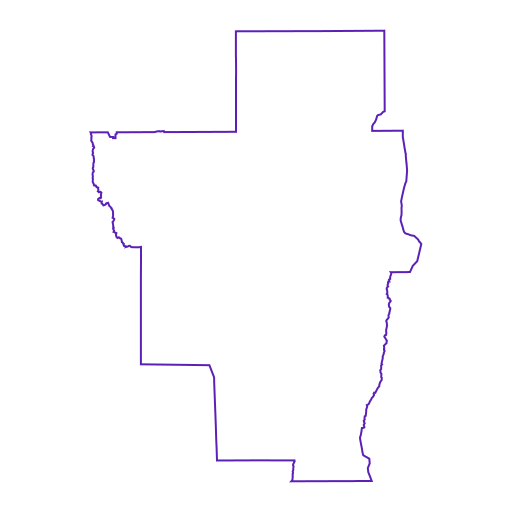 Northern Areas, South Australia, Australia (Robinson projection)
{"feature_id": "25037944B38569575724277", "entity_name": "Northern Areas", "entity_type": "district", "adm_level": 2, "iso_a3": "AUS", "parent_name": "Australia", "parent_adm1": "South Australia", "projection": "robinson", "projection_center": [138.424, -33.301], "detail": "fine", "context": "isolated", "style": "outline", "palette": "violet", "viewbox_px": 512, "rotation_deg": 0, "n_neighbors": 0, "source": "geoboundaries", "source_scale": "gbopen_adm2", "svg_char_len": 5674}
<svg xmlns="http://www.w3.org/2000/svg" viewBox="0 0 512 512"><path d="M371.7,481.0L370.1,476.7L368.3,472.2L367.8,468.1L369.7,463.4L369.3,458.7L363.3,455.3L362.6,452.9L361.8,447.9L361.2,445.0L360.1,438.9L360.0,437.4L360.7,435.5L361.5,431.2L361.9,428.0L363.8,427.8L364.4,427.2L363.7,424.9L364.7,423.3L364.0,422.1L364.2,421.1L363.8,420.8L364.7,419.4L364.5,418.7L364.7,416.3L365.7,415.9L366.2,411.7L366.2,409.6L367.2,406.7L366.8,405.1L368.5,404.3L369.5,402.5L369.8,401.5L370.9,399.9L371.9,397.9L373.0,396.7L373.9,395.5L374.1,395.0L373.6,393.7L374.2,392.6L375.3,392.8L377.7,388.1L379.3,386.2L379.3,384.8L380.2,382.1L381.7,379.9L381.8,377.9L381.2,377.1L381.4,373.8L380.5,372.6L380.5,371.3L380.2,370.6L380.4,370.0L381.1,369.2L381.2,367.1L381.1,365.5L382.1,364.4L381.5,363.6L382.8,358.0L382.6,356.9L383.9,353.3L383.8,352.8L383.9,352.5L384.6,351.1L384.5,350.3L384.0,350.0L384.0,348.5L384.3,348.0L383.9,345.7L386.6,343.0L386.5,342.2L386.9,340.8L384.3,336.6L384.9,335.3L386.0,335.0L386.4,333.0L386.2,332.3L386.2,331.1L386.1,330.1L386.9,326.7L386.8,326.0L387.1,325.1L386.9,324.2L386.7,322.2L386.3,321.4L386.2,321.0L386.9,319.6L387.8,318.8L388.7,317.5L388.5,315.4L388.6,314.9L389.4,313.3L389.3,312.8L390.1,309.8L390.3,308.2L389.8,307.5L389.1,306.8L388.8,304.6L389.1,303.8L389.1,303.1L390.6,301.3L390.7,300.7L389.5,299.4L389.6,298.6L388.5,297.9L387.7,297.7L387.8,296.3L387.6,294.9L386.7,294.0L387.4,292.9L387.1,290.6L387.1,289.9L386.7,289.4L386.7,288.1L388.1,286.4L387.6,285.9L387.7,284.5L388.2,283.6L387.9,282.9L388.3,281.6L389.4,281.6L389.0,279.6L389.9,279.2L390.2,278.9L390.1,277.2L391.3,273.5L391.1,272.6L390.8,272.2L407.3,272.1L408.0,272.0L410.0,272.0L412.8,265.8L417.2,261.2L418.0,257.9L421.3,244.0L419.5,241.7L419.2,241.6L418.1,239.5L414.1,235.8L411.9,235.5L410.6,235.2L408.7,234.4L407.1,233.9L405.4,233.4L404.0,231.8L403.1,228.9L403.0,228.5L402.6,226.7L401.9,224.8L400.6,220.3L400.6,220.1L400.7,219.7L400.7,218.3L401.1,216.5L401.3,215.8L401.5,215.0L401.6,211.4L401.5,207.9L401.8,205.9L401.1,201.1L401.6,199.0L401.9,197.3L404.0,188.0L405.4,183.2L406.1,181.7L406.3,181.3L406.3,181.1L407.1,170.6L406.5,162.9L406.4,162.9L405.7,155.0L405.8,154.6L405.9,154.1L405.8,153.7L405.7,153.5L405.5,153.1L404.4,146.8L404.0,144.0L402.8,137.0L402.8,130.7L372.2,130.9L372.2,126.3L373.3,124.0L374.9,122.2L376.2,119.3L377.1,116.0L378.0,115.1L380.8,114.4L383.1,111.9L384.7,111.3L384.3,30.8L384.3,30.7L354.1,30.9L353.9,30.9L321.8,31.1L235.9,31.3L235.9,56.8L236.0,57.7L236.0,59.8L236.1,72.1L236.0,78.7L236.0,131.8L164.2,132.1L163.9,131.1L161.0,131.3L160.8,131.5L159.9,131.5L159.3,131.2L158.9,131.1L158.7,131.2L158.4,131.3L157.1,131.4L154.8,132.0L154.7,132.1L116.7,132.3L116.7,133.8L115.5,134.4L115.5,138.1L113.1,138.1L113.2,137.0L110.0,136.9L107.8,132.3L90.7,132.4L91.2,133.1L90.8,133.9L91.2,134.6L91.5,135.6L91.6,136.5L91.3,137.5L91.5,138.2L91.3,139.1L91.4,139.9L91.2,140.6L92.6,142.8L92.9,144.7L93.5,145.3L93.5,145.7L93.1,146.2L93.8,146.6L94.0,147.0L94.2,147.7L93.8,148.2L93.5,148.4L93.1,149.0L92.9,150.0L92.6,150.7L92.6,151.0L92.7,151.3L92.7,151.7L92.8,152.2L93.0,152.8L93.1,153.1L92.9,153.4L92.8,153.7L92.6,154.1L92.5,154.3L92.6,155.1L92.7,155.3L92.9,155.4L93.3,155.7L93.5,156.1L93.6,156.4L93.7,156.9L93.7,157.3L93.7,157.9L93.7,158.2L93.9,158.7L94.0,158.9L93.9,159.7L93.9,160.2L93.9,160.4L94.0,160.7L93.9,160.9L94.0,161.2L94.0,161.7L94.0,162.0L93.9,162.1L93.7,162.4L93.5,162.9L93.4,163.3L93.3,164.0L93.4,164.5L93.3,165.4L93.3,166.3L93.3,166.5L93.3,167.1L92.9,167.7L92.8,168.0L92.8,168.8L92.9,169.2L93.0,169.3L93.2,169.5L93.3,169.9L93.7,170.7L93.7,170.9L93.8,171.1L93.7,171.4L93.7,171.6L93.2,171.9L93.1,172.2L92.9,172.5L92.7,173.0L92.6,174.1L92.6,174.8L92.7,175.2L92.8,175.7L92.9,176.3L92.7,177.6L92.6,178.0L92.9,178.6L92.9,178.8L92.8,180.3L92.7,181.2L92.8,182.1L93.1,182.7L93.3,183.1L93.6,183.5L94.0,185.4L94.2,185.5L94.8,185.5L95.6,185.4L95.8,185.5L96.0,185.8L96.3,186.8L96.5,186.9L97.9,187.5L97.7,187.7L97.9,187.8L98.0,188.3L98.4,189.8L98.3,190.5L97.9,191.3L98.5,191.6L98.8,192.2L100.4,191.8L100.9,192.1L101.4,192.7L100.8,194.5L101.1,195.6L101.0,196.4L100.7,197.3L101.0,197.7L100.6,198.2L99.9,197.8L99.2,198.2L98.2,199.0L98.0,199.9L98.3,200.3L99.3,200.7L101.3,201.7L101.8,201.6L101.6,202.8L101.6,203.5L102.5,204.0L103.4,205.4L104.9,204.9L105.9,204.2L106.0,203.6L106.6,203.1L107.2,203.1L108.1,202.8L108.7,204.3L108.9,204.9L109.3,205.9L110.5,206.9L111.0,207.9L111.1,208.0L111.6,208.2L111.7,208.3L111.7,209.1L112.3,209.9L112.9,211.0L113.1,213.2L113.0,213.7L113.1,215.8L112.6,217.8L114.2,218.7L114.2,219.4L113.0,221.8L112.6,222.0L112.6,222.7L112.9,223.5L113.3,226.1L113.2,226.5L113.1,226.9L113.1,227.0L113.5,227.4L113.8,227.8L113.5,228.4L113.1,228.8L114.1,230.7L113.6,231.9L114.0,232.0L114.7,232.5L115.8,232.7L116.4,233.1L116.0,234.0L116.0,235.0L116.4,236.8L116.7,237.1L116.9,237.5L117.4,237.8L117.7,238.0L118.5,237.4L118.8,237.3L119.9,238.1L120.0,238.3L120.8,238.5L121.1,238.7L121.5,239.8L121.7,240.8L121.9,242.2L122.6,242.5L123.0,243.0L123.1,243.6L123.7,243.8L123.9,244.0L123.7,244.7L123.7,245.3L124.1,246.0L125.1,246.2L125.7,246.2L126.5,246.6L126.3,246.9L127.8,246.5L129.1,245.8L129.8,245.8L130.5,246.3L130.8,246.8L131.7,247.2L138.2,247.3L139.4,247.2L141.0,246.9L141.0,255.5L141.0,260.3L140.9,276.7L140.9,364.3L209.4,365.2L214.1,377.3L214.2,382.8L215.2,409.4L215.4,414.3L215.9,428.4L216.2,438.9L216.6,447.9L217.0,460.5L266.6,460.3L271.3,460.4L294.5,460.4L294.6,461.6L294.0,462.3L293.9,462.9L293.1,464.4L293.1,465.6L293.6,466.2L293.2,468.9L293.3,470.1L292.7,471.5L293.0,472.6L293.0,473.0L292.6,473.8L292.8,474.7L292.6,475.9L292.7,477.1L292.4,480.0L291.3,481.3L312.5,481.2L315.4,481.2L315.8,481.2L353.6,481.1L357.8,481.0L360.4,481.0L371.7,481.0Z" fill="none" stroke="#5b21b6" stroke-width="2"/></svg>